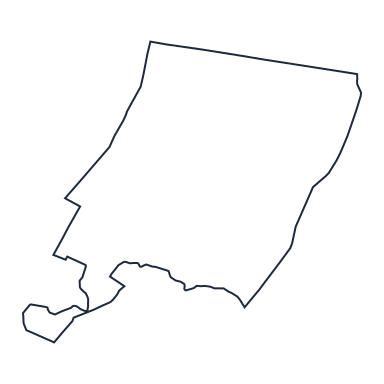 Livada, Arad, Romania
{"feature_id": "2599482B75985324598985", "entity_name": "Livada", "entity_type": "district", "adm_level": 2, "iso_a3": "ROU", "parent_name": "Romania", "parent_adm1": "Arad", "projection": "natural_earth1", "projection_center": [21.379, 46.217], "detail": "fine", "context": "isolated", "style": "outline", "palette": "slate", "viewbox_px": 384, "rotation_deg": 0, "n_neighbors": 0, "source": "geoboundaries", "source_scale": "gbopen_adm2", "svg_char_len": 1926}
<svg xmlns="http://www.w3.org/2000/svg" viewBox="0 0 384 384"><path d="M357.3,79.0L357.1,74.1L283.6,62.6L264.2,59.6L242.7,56.0L230.2,54.0L201.9,49.5L166.9,44.5L150.4,41.6L147.5,53.5L143.4,74.8L140.7,86.6L127.8,110.0L127.0,111.5L126.6,112.7L126.3,113.7L126.0,114.7L125.8,115.0L125.1,116.7L124.0,119.0L123.2,120.8L121.5,123.7L114.6,135.6L109.5,147.0L79.9,181.3L67.3,195.7L65.1,198.3L80.1,206.5L67.8,228.2L62.5,238.4L53.4,254.9L65.6,259.7L67.0,257.0L67.3,256.6L85.6,265.0L85.9,266.5L82.8,276.0L82.5,277.1L79.6,280.8L79.9,287.2L80.8,288.8L84.7,292.5L85.6,293.0L86.3,294.4L87.1,295.9L88.2,299.2L88.1,301.7L88.0,304.6L88.2,305.9L87.6,308.9L87.5,310.4L87.1,311.0L86.0,311.2L83.6,310.5L80.3,309.0L78.5,307.5L76.3,306.2L74.6,305.8L72.9,306.1L72.3,306.6L71.1,307.8L61.8,311.3L54.9,314.5L49.7,312.6L48.0,309.8L47.5,307.6L46.0,307.0L30.7,304.4L29.7,305.0L23.0,313.1L23.3,316.3L23.6,323.3L26.3,330.1L54.1,342.4L62.7,332.2L72.4,321.1L73.6,317.7L94.0,309.6L103.5,305.1L104.6,304.7L110.6,302.0L113.2,299.5L115.6,296.5L117.4,294.1L119.2,290.6L124.4,286.2L110.0,276.6L110.3,276.2L111.3,274.2L116.5,267.7L118.4,265.2L123.2,262.3L124.1,261.8L125.8,261.9L127.3,262.4L129.9,263.3L133.4,263.0L136.6,263.0L137.7,263.1L138.4,263.7L139.9,266.5L141.4,266.8L142.5,266.2L144.1,265.3L146.3,264.5L152.3,266.6L155.3,266.8L166.8,270.4L168.7,271.2L169.7,274.8L170.7,277.2L175.7,280.5L180.6,281.7L184.2,284.0L184.6,285.1L184.6,286.8L184.3,288.7L184.8,289.8L185.9,290.4L193.8,288.1L196.8,285.8L200.4,286.2L204.9,285.9L210.3,286.7L214.4,288.3L223.7,288.4L228.3,291.5L231.8,293.1L237.5,296.7L239.8,299.6L244.6,307.3L255.7,293.9L259.2,289.8L262.1,285.8L268.0,278.0L268.5,277.4L272.4,272.2L279.0,263.5L290.3,248.1L292.1,243.3L295.7,226.7L313.0,187.1L326.2,175.7L328.9,172.8L336.5,160.5L340.4,152.8L347.4,136.2L353.4,118.8L356.5,109.7L360.7,95.9L361.0,92.5L357.2,84.2L357.1,82.2L357.1,80.1L357.3,79.1L357.3,79.0Z" fill="none" stroke="#1e293b" stroke-width="2"/></svg>